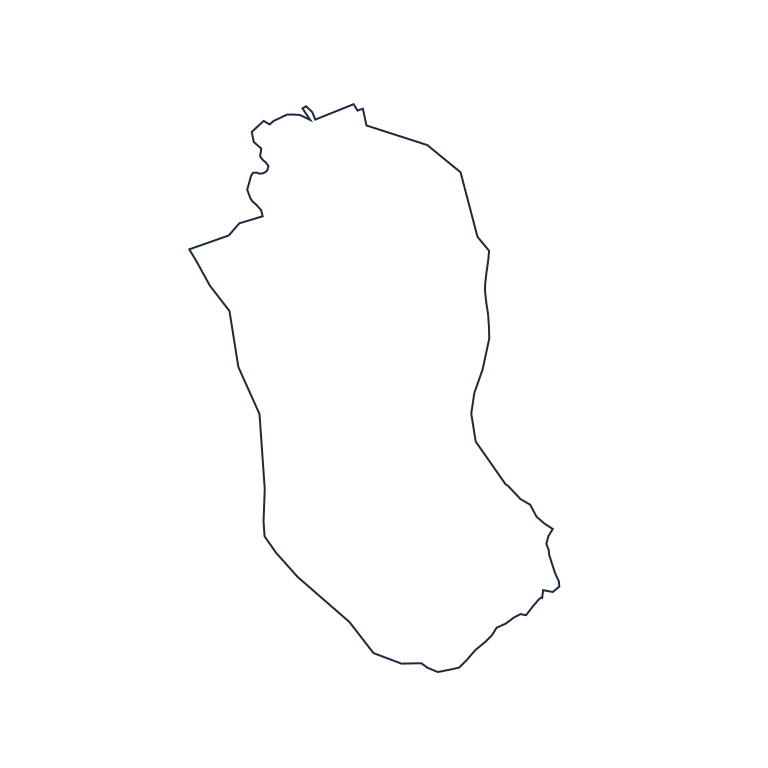 Penampang, Sabah, Malaysia (Mercator projection), rotated 41°
{"feature_id": "92858781B3711047407086", "entity_name": "Penampang", "entity_type": "district", "adm_level": 2, "iso_a3": "MYS", "parent_name": "Malaysia", "parent_adm1": "Sabah", "projection": "mercator", "projection_center": [116.197, 5.858], "detail": "fine", "context": "isolated", "style": "outline", "palette": "slate", "viewbox_px": 768, "rotation_deg": 41, "n_neighbors": 0, "source": "geoboundaries", "source_scale": "gbopen_adm2", "svg_char_len": 1461}
<svg xmlns="http://www.w3.org/2000/svg" viewBox="0 0 768 768"><g transform="rotate(41 384 384)"><path d="M552.6,594.0L580.6,583.6L595.3,570.3L603.0,569.6L613.5,566.1L621.2,556.3L626.8,548.6L627.5,538.1L627.5,524.8L629.6,512.2L630.3,503.1L628.9,494.0L633.1,484.9L635.2,475.1L638.0,468.1L642.9,465.3L642.2,454.1L642.2,444.3L642.9,441.5L643.6,441.5L639.4,435.2L647.8,430.3L649.2,421.9L645.7,418.4L636.6,414.2L620.5,404.4L617.7,401.6L611.4,398.1L607.9,391.1L606.5,382.7L596.7,384.1L586.2,384.1L573.6,379.2L562.4,381.3L544.4,379.5L543.3,379.6L541.4,379.9L491.0,367.3L469.3,349.1L458.1,331.6L449.0,308.6L433.6,280.6L425.9,272.2L416.8,263.1L407.7,255.4L399.4,247.7L395.2,242.8L388.9,233.7L381.2,221.8L375.9,214.5L358.0,211.6L302.9,174.0L259.9,175.3L201.2,200.4L187.4,190.1L184.7,195.0L177.5,192.8L158.7,229.5L151.5,225.9L143.0,225.5L141.7,229.5L155.1,233.1L143.9,236.2L138.1,240.7L134.1,244.3L128.2,257.7L127.4,263.1L120.6,264.4L118.8,280.5L126.9,286.8L131.8,286.8L136.8,286.8L139.0,289.9L140.3,292.6L142.6,294.0L145.7,294.4L149.7,294.4L153.8,295.3L155.6,298.9L155.6,301.6L154.2,304.7L152.0,307.0L149.3,307.9L146.6,310.5L147.1,314.1L153.3,327.1L160.5,331.1L164.5,332.5L169.9,332.5L177.1,333.4L182.4,337.0L169.4,357.6L169.4,373.7L148.7,410.1L161.4,414.2L188.0,424.0L219.5,430.3L262.9,466.7L309.8,488.4L324.5,503.1L363.0,541.6L383.3,566.8L393.8,577.3L413.3,582.2L445.5,586.3L490.3,586.3L514.1,586.3L552.6,594.0Z" fill="none" stroke="#1e293b" stroke-width="2"/></g></svg>